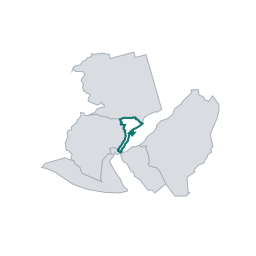 Eritrea shown with its bordering countries, rotated 74°
{"feature_id": "ERI", "entity_name": "Eritrea", "entity_type": "country or territory", "adm_level": 0, "iso_a3": "ERI", "parent_name": "Africa", "parent_adm1": "", "projection": "robinson", "projection_center": [39.36, 15.191], "detail": "fine", "context": "with_neighbors", "style": "outline", "palette": "teal", "viewbox_px": 256, "rotation_deg": 74, "n_neighbors": 6, "source": "natural_earth", "source_scale": "50m", "svg_char_len": 5438}
<svg xmlns="http://www.w3.org/2000/svg" viewBox="0 0 256 256"><g transform="rotate(74 128 128)"><path d="M139.3,217.3L139.2,197.1L144.8,189.0L148.0,188.9L152.3,185.0L158.7,184.8L172.4,168.1L168.3,168.2L152.3,161.6L146.9,153.9L149.7,148.9L151.3,150.0L154.5,154.6L156.9,154.6L166.8,152.5L175.2,149.4L179.5,149.1L184.3,147.7L186.6,145.8L188.4,145.8L188.2,153.5L183.6,167.7L176.4,182.9L172.3,189.1L166.5,196.7L149.8,210.9L144.4,217.6L142.2,221.8L139.3,217.3Z" fill="#d9dde1" stroke="#a8b0b8" stroke-width="1"/><path d="M59.1,166.9L55.4,164.4L53.7,162.8L54.2,156.6L51.5,153.1L51.0,149.4L49.3,147.7L49.3,144.5L48.3,142.4L46.6,142.7L48.4,138.3L47.9,136.1L49.5,134.4L48.5,133.1L52.2,125.6L56.3,125.9L56.7,101.6L62.2,101.6L62.5,90.5L119.3,90.5L120.9,96.0L119.8,97.0L120.5,102.7L122.2,109.3L126.7,112.7L124.2,115.9L120.7,116.8L119.2,118.5L116.5,130.3L117.1,132.5L116.3,137.3L114.3,142.8L111.3,145.5L108.7,152.0L106.4,153.6L104.9,159.4L105.0,164.3L105.0,160.0L104.3,159.9L103.8,155.2L101.3,153.1L100.7,149.1L101.3,145.0L99.1,144.6L98.8,145.8L95.8,146.1L97.0,147.7L97.4,151.1L92.2,158.1L89.7,158.7L85.6,155.4L83.8,156.6L83.3,158.2L80.8,159.2L80.6,160.4L75.7,160.4L75.1,159.2L71.6,159.1L69.8,160.0L68.4,159.5L65.1,154.8L61.6,155.5L59.0,163.1L55.8,164.7L59.1,166.9Z" fill="#d9dde1" stroke="#a8b0b8" stroke-width="1"/><path d="M192.2,107.1L197.8,120.2L194.3,121.7L193.3,126.0L180.8,130.9L176.5,134.9L172.9,134.8L170.1,137.1L161.7,138.8L158.6,142.1L151.3,142.4L150.0,139.2L150.2,136.2L147.0,128.1L148.0,127.9L147.8,121.9L149.9,120.1L149.4,117.7L150.7,115.0L152.7,116.5L159.6,115.8L167.0,116.7L168.2,118.5L170.5,117.6L173.8,111.8L178.3,109.3L192.2,107.1Z" fill="#d9dde1" stroke="#a8b0b8" stroke-width="1"/><path d="M110.5,49.7L115.8,50.6L119.0,46.9L122.5,46.1L123.3,44.3L124.9,43.3L120.3,37.8L130.5,34.2L136.1,35.7L143.1,39.6L156.5,50.7L169.5,51.7L170.7,54.3L174.0,54.2L176.0,59.0L178.3,60.2L179.2,62.2L182.5,64.5L183.0,70.5L185.9,75.2L187.3,76.3L188.6,75.9L191.7,85.0L206.2,87.8L207.1,86.6L209.4,90.5L206.5,101.6L192.2,107.1L178.3,109.3L173.8,111.8L170.5,117.6L168.2,118.5L167.0,116.7L159.6,115.8L152.7,116.5L150.7,115.0L149.4,117.7L149.9,120.1L147.8,121.9L145.3,115.6L142.8,113.6L140.3,109.0L138.9,104.4L135.5,100.6L133.4,99.7L130.2,94.4L129.9,87.3L127.1,81.1L122.3,77.8L119.7,70.5L118.3,69.3L111.3,56.9L108.9,56.9L110.5,49.7Z" fill="#d9dde1" stroke="#a8b0b8" stroke-width="1"/><path d="M172.4,168.1L158.7,184.8L152.3,185.0L148.0,188.9L144.8,189.0L143.5,190.8L140.1,190.8L138.2,188.9L133.7,191.2L132.3,193.5L125.2,192.5L119.0,187.8L115.6,187.8L113.9,186.0L114.0,182.9L111.4,182.0L108.5,175.9L106.3,174.6L105.5,172.4L103.0,169.7L100.0,169.3L101.7,166.2L104.3,166.0L106.4,153.6L108.7,152.0L111.3,145.5L114.3,142.8L117.1,132.5L122.7,133.7L124.2,129.5L127.2,132.1L130.0,130.8L131.2,131.9L134.5,132.0L138.7,134.2L142.1,137.9L145.8,143.0L142.5,148.0L142.9,151.2L146.8,150.9L147.9,151.9L146.9,153.9L152.3,161.6L168.3,168.2L172.4,168.1Z" fill="#d9dde1" stroke="#a8b0b8" stroke-width="1"/><path d="M145.8,143.0L147.9,143.4L149.4,142.1L150.5,143.8L150.4,146.1L147.6,147.4L149.7,148.9L147.9,151.9L146.8,150.9L142.9,151.2L142.5,148.0L145.8,143.0Z" fill="#d9dde1" stroke="#a8b0b8" stroke-width="1"/><path d="M117.5,133.4L117.4,131.9L117.3,130.8L117.2,129.7L117.1,128.6L117.5,127.9L117.7,127.3L118.3,125.3L118.5,124.9L118.9,123.8L119.0,123.5L119.4,122.1L119.4,121.2L119.3,120.3L119.6,119.8L119.8,119.3L119.7,119.0L119.8,118.1L119.9,117.9L120.2,117.9L120.7,118.0L121.1,117.9L121.5,117.9L121.9,117.9L122.1,117.6L122.3,116.6L122.5,116.4L123.0,116.2L123.4,115.9L123.7,115.7L123.8,115.7L124.0,115.6L124.3,115.5L124.5,115.4L124.8,115.3L125.2,115.3L125.4,115.2L125.6,115.1L125.8,115.1L126.0,114.8L126.1,114.7L126.4,114.4L126.5,114.3L126.6,114.1L126.6,113.9L126.8,113.7L127.2,113.0L127.7,112.7L129.1,115.9L129.7,117.8L130.2,119.7L130.6,122.7L131.0,124.2L131.6,125.0L132.0,126.4L132.3,126.4L132.6,126.8L133.0,128.1L133.3,128.6L133.5,128.2L133.4,127.6L133.5,127.0L133.7,126.7L134.3,127.1L134.6,127.5L134.7,128.1L134.8,128.5L135.4,129.2L135.9,129.5L136.5,129.5L137.0,129.7L137.5,130.0L138.3,130.7L140.1,131.4L141.6,133.5L142.4,135.0L145.3,137.2L145.8,138.2L146.0,139.2L146.6,139.2L147.7,140.3L148.0,141.2L148.8,141.5L149.0,141.0L149.4,141.4L149.5,142.0L149.0,142.3L148.4,142.5L148.1,142.8L147.8,143.6L147.5,143.9L147.4,143.9L146.4,143.1L146.1,143.2L146.0,143.4L145.5,142.8L145.2,142.3L144.8,141.7L144.3,141.4L143.9,141.1L143.4,140.3L143.0,139.4L142.3,138.7L141.0,137.6L139.8,136.3L138.9,135.0L138.4,134.3L138.1,134.1L136.9,133.6L136.1,133.0L135.5,132.5L135.1,132.3L134.7,132.3L133.9,132.4L133.2,132.1L132.9,132.1L132.5,132.0L132.1,131.9L131.7,132.0L130.8,132.3L130.5,132.2L130.3,131.9L130.2,131.6L129.9,131.4L129.6,131.4L129.5,131.6L128.6,132.2L127.1,132.5L126.8,132.5L126.5,132.3L125.8,131.3L125.5,131.1L125.4,131.1L125.0,131.0L124.7,130.8L124.4,130.4L124.1,130.1L123.8,130.9L123.3,132.3L123.0,133.1L122.6,134.0L122.3,134.0L121.5,132.8L121.1,132.4L120.7,132.4L120.5,132.6L120.3,133.0L120.1,133.3L119.9,133.4L119.5,133.3L118.9,133.1L118.3,133.2L117.6,133.4L117.5,133.4ZM135.1,125.5L135.3,125.8L135.4,125.7L135.5,125.6L135.6,125.4L136.4,125.8L136.3,126.1L135.9,126.1L135.3,126.0L134.8,126.0L134.3,125.9L134.1,125.5L134.5,125.7L134.5,125.3L134.1,125.2L134.1,124.9L134.3,124.9L134.4,124.7L134.2,124.4L134.6,124.5L134.8,124.7L135.0,124.9L135.1,125.5ZM134.7,123.3L134.9,123.9L134.4,123.7L134.6,123.3L134.6,123.2L134.7,123.3Z" fill="none" stroke="#0f766e" stroke-width="2"/></g></svg>